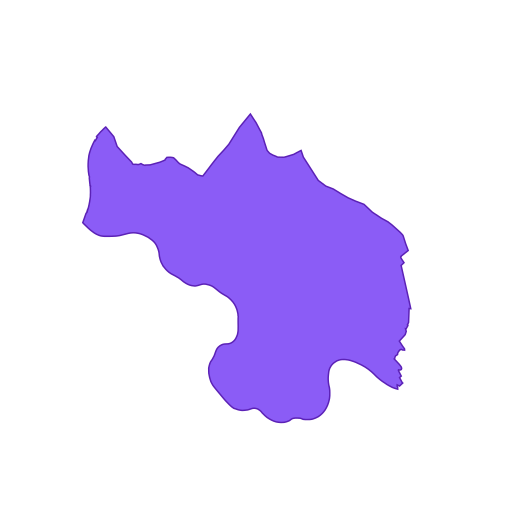 Rheden, Gelderland, Netherlands, rotated 64°
{"feature_id": "6326949B90582310648495", "entity_name": "Rheden", "entity_type": "district", "adm_level": 2, "iso_a3": "NLD", "parent_name": "Netherlands", "parent_adm1": "Gelderland", "projection": "robinson", "projection_center": [6.043, 52.031], "detail": "fine", "context": "isolated", "style": "filled", "palette": "violet", "viewbox_px": 512, "rotation_deg": 64, "n_neighbors": 0, "source": "geoboundaries", "source_scale": "gbopen_adm2", "svg_char_len": 6076}
<svg xmlns="http://www.w3.org/2000/svg" viewBox="0 0 512 512"><g transform="rotate(64 256 256)"><path d="M150.1,397.1L151.8,396.6L157.5,394.5L160.2,393.4L162.2,392.4L164.3,391.3L166.4,389.9L167.0,389.4L168.5,388.1L169.6,387.0L170.5,385.8L171.8,383.7L174.8,377.5L176.5,373.6L177.0,372.3L177.9,369.4L179.7,360.8L180.0,359.7L180.4,358.4L180.8,357.4L181.2,356.4L181.7,355.4L182.5,354.0L183.6,352.4L184.6,351.1L185.6,350.0L186.9,348.7L188.2,347.6L191.8,344.8L192.5,344.4L194.0,343.6L196.1,342.5L197.8,341.8L199.0,341.4L200.2,341.1L201.6,340.9L202.9,340.8L205.4,340.9L206.9,341.0L209.4,341.4L211.1,341.9L213.8,342.9L215.9,343.4L217.4,343.7L219.1,343.9L220.1,344.0L223.4,343.9L224.2,343.9L225.0,343.7L228.4,342.9L230.5,342.2L232.6,341.3L234.7,340.1L238.8,337.1L240.5,336.0L241.6,335.2L244.3,333.8L247.4,332.4L249.9,330.9L251.4,329.8L253.0,328.4L254.4,326.8L256.1,324.2L256.3,323.8L256.6,322.8L257.0,321.2L257.7,317.0L258.2,315.5L258.5,314.9L259.2,313.6L260.6,311.9L261.7,310.6L263.0,309.4L264.1,308.5L266.0,307.4L272.2,304.5L274.2,303.4L276.1,302.2L280.0,299.6L281.4,298.9L284.2,297.8L287.3,296.9L289.9,296.5L292.3,296.4L294.2,296.5L295.5,296.6L297.1,296.9L300.1,297.6L301.5,298.2L302.6,298.5L304.4,299.5L307.9,301.2L311.3,302.8L313.9,304.1L315.4,304.9L316.9,305.9L318.6,307.2L319.4,308.1L320.1,308.9L321.3,310.4L322.3,312.2L322.7,313.4L322.9,314.1L323.1,315.1L323.2,316.0L323.2,317.5L322.9,318.9L322.8,319.4L321.4,322.7L320.9,324.3L320.8,325.6L320.8,326.4L320.9,327.9L321.4,329.9L321.9,331.0L322.2,331.6L323.0,332.7L324.1,334.0L325.9,335.8L327.5,337.5L329.8,340.7L331.2,343.2L332.5,344.7L333.8,345.9L335.3,347.1L336.1,347.7L339.1,349.1L341.0,349.9L344.7,350.9L346.4,351.2L349.1,351.6L350.4,351.6L352.4,351.5L353.5,351.4L355.6,351.0L359.1,350.2L368.1,348.0L371.3,347.2L373.1,346.7L377.7,345.2L379.3,344.6L381.0,343.9L383.2,342.7L384.4,341.4L386.4,339.4L387.7,337.7L388.7,336.2L389.5,334.3L390.6,331.2L390.9,329.8L391.2,327.3L391.4,326.1L391.6,325.4L392.1,324.2L392.7,323.3L393.5,322.3L394.3,321.5L395.8,320.6L396.5,320.2L397.4,319.8L398.4,319.5L399.8,319.2L400.9,318.8L403.5,317.9L406.0,316.8L408.3,315.4L410.4,313.9L412.3,312.3L414.0,310.5L415.4,308.5L416.6,306.5L417.8,303.7L418.2,302.1L418.4,301.0L418.6,299.0L418.6,297.8L418.4,297.0L418.2,296.0L418.1,294.6L418.2,293.9L418.7,292.2L419.1,291.2L419.5,290.4L420.8,288.0L421.6,286.9L422.6,286.0L423.4,285.3L424.7,283.2L426.5,279.4L426.9,278.3L427.2,277.3L427.4,276.3L427.6,274.6L427.7,273.4L427.7,271.9L427.7,270.4L427.3,268.3L427.2,267.8L426.5,265.4L425.8,263.7L424.7,261.5L423.3,259.4L422.3,258.1L421.3,256.9L419.2,254.8L417.3,253.2L416.1,252.3L414.0,251.0L411.4,249.7L409.0,248.6L406.7,247.8L403.7,247.1L401.2,246.3L398.5,245.2L396.7,244.3L394.5,243.0L392.0,241.4L390.6,240.3L389.2,238.9L388.7,238.2L387.9,237.0L387.5,236.4L386.9,235.1L386.4,233.7L386.2,232.9L385.7,229.5L385.9,227.2L386.2,225.7L386.7,224.2L387.3,222.9L388.1,221.3L389.8,218.7L391.2,217.0L393.5,214.6L395.3,212.9L396.8,211.7L400.1,209.0L403.9,206.4L404.8,205.9L407.1,204.6L410.5,203.0L413.6,201.8L417.4,200.5L419.7,199.5L422.1,198.4L423.9,197.5L427.3,195.5L428.9,194.6L431.1,193.1L433.7,191.2L434.7,190.3L436.1,188.9L437.2,187.7L437.8,187.0L436.0,186.2L435.1,186.3L433.7,185.6L435.8,184.0L435.5,183.0L434.5,179.8L433.7,180.1L433.4,180.1L428.2,180.3L428.1,180.1L428.1,179.9L427.6,178.1L421.5,178.2L420.9,178.0L420.8,177.8L421.4,177.0L421.6,176.4L421.7,176.2L421.7,175.1L421.0,174.6L420.9,174.4L420.7,174.3L419.5,174.1L418.6,174.2L418.1,174.3L417.2,174.5L416.2,174.7L411.9,176.0L409.1,176.9L408.9,176.2L408.1,175.7L407.0,174.4L406.9,174.2L406.7,172.3L406.6,172.0L406.4,171.8L405.9,171.6L404.9,170.7L404.4,169.7L404.1,169.2L403.9,169.0L403.9,168.6L403.6,168.1L403.5,167.9L403.4,167.7L403.6,167.2L403.5,166.8L403.5,166.5L403.8,166.2L404.0,166.1L404.1,165.9L404.3,165.8L404.7,165.5L405.0,165.1L405.2,164.6L405.6,164.0L405.6,163.8L405.7,163.7L405.1,163.4L404.6,163.2L401.0,163.8L398.5,164.1L395.3,164.5L392.4,157.1L392.1,156.5L391.9,156.2L389.6,154.0L387.0,153.5L387.1,153.4L387.6,153.5L385.3,150.2L384.5,150.1L384.5,149.9L384.2,150.0L382.6,148.0L370.3,141.4L371.2,140.0L361.0,137.5L328.1,129.7L326.9,125.9L323.1,126.4L320.9,126.6L320.4,126.4L320.1,125.8L319.8,125.8L317.8,116.8L310.5,116.1L303.1,115.0L302.3,114.9L301.2,115.0L298.0,116.0L289.3,119.5L287.4,120.3L283.6,122.2L283.4,122.2L283.3,122.3L283.2,122.4L277.2,126.6L276.2,127.2L273.1,129.0L269.1,131.4L267.5,132.3L263.2,133.9L256.9,136.3L252.5,140.4L250.4,142.4L244.1,147.7L240.1,150.4L236.7,152.7L229.6,157.2L223.8,162.6L215.4,166.9L199.8,168.7L187.9,170.1L180.9,169.2L180.9,170.0L181.0,172.9L181.0,174.4L181.1,175.3L181.1,176.3L181.2,176.9L181.1,178.1L180.0,185.0L179.7,186.7L179.5,187.6L176.8,192.9L176.4,193.4L175.0,194.5L172.7,196.6L169.7,198.7L169.1,198.9L166.5,199.6L165.9,199.7L165.5,199.7L159.4,198.8L158.5,198.7L153.7,197.9L149.5,197.5L147.6,197.1L145.5,197.2L143.1,197.3L136.3,197.5L131.8,198.1L130.1,198.3L125.9,198.8L133.1,214.5L138.4,223.0L143.7,231.5L146.8,238.7L149.8,246.5L152.1,251.3L154.3,255.8L156.7,260.5L159.1,265.3L160.8,268.7L159.9,270.1L157.5,272.9L153.8,274.5L149.4,276.9L146.8,278.4L145.6,279.4L144.0,280.6L142.2,282.1L140.9,283.2L140.0,283.9L139.3,284.3L137.9,284.9L134.5,285.9L131.6,287.0L130.8,288.0L129.7,289.7L128.3,292.8L129.3,295.2L129.9,295.8L129.6,300.7L129.5,301.6L128.3,308.0L127.7,311.2L125.8,315.5L125.9,316.0L124.3,317.7L122.5,318.9L122.4,321.2L121.6,322.8L121.0,323.6L120.1,325.6L119.5,326.4L119.1,326.6L117.4,326.6L116.8,326.7L108.6,329.3L97.7,332.5L96.8,332.8L86.4,331.5L74.2,334.5L74.3,335.1L75.0,337.4L75.5,338.7L76.2,341.0L77.8,344.8L78.2,346.0L78.9,347.1L79.8,346.7L81.9,349.9L81.3,350.1L82.5,351.8L84.0,353.7L87.0,357.2L90.1,360.2L92.4,362.1L95.0,363.8L96.7,364.9L99.6,366.5L101.8,367.6L104.2,368.6L106.6,369.6L110.0,370.7L112.0,371.0L112.7,371.6L116.7,373.1L119.3,374.0L120.1,374.0L120.1,374.3L121.1,374.3L121.1,374.6L122.6,375.2L124.6,376.1L126.7,377.1L128.9,378.3L129.1,378.3L130.9,379.4L134.1,381.6L136.8,383.6L139.6,385.9L139.6,386.0L141.6,387.8L141.3,387.8L142.9,389.3L143.1,390.0L150.1,397.1Z" fill="#8b5cf6" stroke="#5b21b6" stroke-width="1.5"/></g></svg>